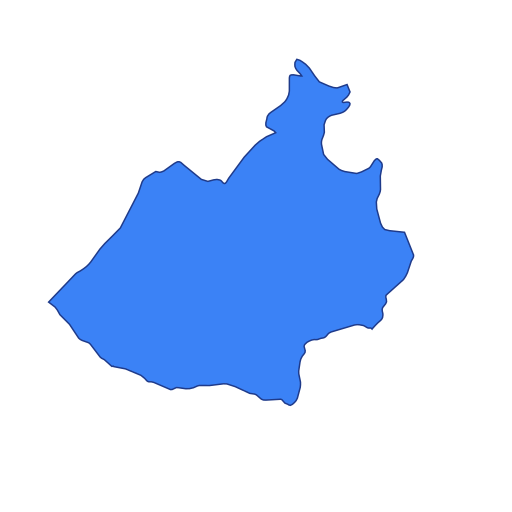 map outline of Dornogovi (Equal Earth projection), rotated 46°
{"feature_id": "MNG-3297", "entity_name": "Dornogovi", "entity_type": "Province", "adm_level": 1, "iso_a3": "MNG", "parent_name": "Mongolia", "parent_adm1": "", "projection": "equal_earth", "projection_center": [109.85, 44.705], "detail": "fine", "context": "isolated", "style": "filled", "palette": "blue", "viewbox_px": 512, "rotation_deg": 46, "n_neighbors": 0, "source": "natural_earth", "source_scale": "10m", "svg_char_len": 3406}
<svg xmlns="http://www.w3.org/2000/svg" viewBox="0 0 512 512"><g transform="rotate(46 256 256)"><path d="M389.2,223.3L388.5,223.3L387.5,223.5L386.9,224.1L386.3,224.8L385.6,225.4L384.4,225.9L381.7,226.6L380.5,227.1L377.0,229.6L375.5,231.1L374.1,233.0L362.8,254.8L362.2,256.8L362.1,258.1L362.4,260.8L362.4,262.2L362.1,263.6L361.6,264.6L360.3,266.5L358.8,269.8L358.1,270.6L358.0,270.8L356.5,272.2L355.1,274.4L354.1,277.0L353.5,279.3L353.5,282.6L354.4,284.2L358.3,286.4L359.4,287.7L359.8,289.2L360.2,292.3L361.2,295.3L362.7,297.8L368.4,305.2L370.5,307.1L377.6,311.6L379.5,313.4L381.2,315.4L387.0,325.0L387.9,327.7L388.1,330.1L388.0,332.8L387.3,335.0L385.9,335.9L384.8,336.1L381.9,337.4L377.3,337.2L376.2,337.7L366.5,349.0L364.7,350.7L362.7,351.6L356.1,352.2L354.4,352.9L350.5,355.9L335.5,361.7L327.8,365.8L325.4,368.1L316.9,379.4L309.7,386.8L308.8,388.4L307.3,392.5L305.2,396.0L302.6,398.8L296.8,403.3L295.3,404.7L293.8,409.0L292.7,410.3L276.0,417.3L273.9,418.6L273.1,419.4L272.5,420.0L272.0,420.5L271.0,421.0L270.0,421.2L266.5,421.1L261.8,421.7L246.5,428.3L237.1,434.9L236.6,435.2L236.3,435.1L236.0,435.3L235.6,435.9L235.4,436.3L235.0,436.4L225.2,437.1L222.2,438.1L220.5,438.3L204.3,436.4L202.2,436.6L196.0,439.7L193.9,440.4L191.9,440.6L175.6,437.6L162.0,437.8L156.7,436.4L153.1,436.0L145.1,437.2L143.5,398.2L143.7,396.2L144.7,392.7L145.4,388.9L145.8,385.3L145.8,382.1L145.5,379.0L142.6,363.4L142.0,356.0L141.9,346.3L141.6,334.1L129.0,296.9L123.6,286.5L123.1,284.7L122.8,283.3L123.0,280.9L125.6,269.4L128.9,267.2L129.8,265.7L130.8,263.3L132.7,250.3L133.6,247.2L134.8,245.8L136.4,245.1L141.0,244.7L162.9,242.1L168.9,238.8L171.8,233.6L173.8,230.9L176.1,229.3L177.1,228.9L178.1,228.8L180.5,228.9L181.8,228.5L182.4,227.6L182.3,225.9L181.1,221.6L176.7,195.8L175.7,179.6L176.0,173.7L177.5,165.6L181.0,156.2L178.7,156.1L170.4,158.7L168.7,158.0L167.0,156.3L164.8,152.8L164.0,151.8L163.4,150.7L162.8,147.9L163.0,145.5L164.9,133.8L165.1,128.5L164.9,126.9L164.4,124.6L162.9,120.8L160.6,117.5L151.0,108.2L150.0,106.8L149.8,105.8L150.4,104.6L151.8,103.1L157.7,98.7L158.3,98.0L155.3,97.6L151.1,97.6L148.6,97.1L146.7,96.3L145.1,94.9L143.8,93.4L142.9,90.0L145.7,88.5L148.6,87.8L152.6,87.1L157.9,87.1L167.3,88.7L174.7,89.5L184.4,85.5L188.7,83.2L190.9,81.4L191.7,80.5L195.9,71.4L203.3,74.4L204.4,77.4L204.6,78.7L204.8,80.3L204.5,85.8L204.7,86.4L205.3,86.9L205.8,86.8L206.3,86.5L208.4,83.7L209.5,82.7L210.5,82.3L211.6,82.5L212.5,83.6L213.1,85.7L213.4,88.0L213.5,90.1L213.4,91.7L212.9,93.7L211.8,96.3L207.3,103.8L206.7,105.4L206.3,107.1L206.2,108.1L206.2,109.6L206.3,110.3L206.7,111.6L207.0,112.3L208.9,115.9L214.5,120.9L216.0,123.4L218.1,127.9L219.4,129.7L221.0,131.2L229.9,136.8L236.1,137.4L251.3,136.0L253.9,135.1L256.9,133.5L266.4,126.4L266.9,125.7L268.8,121.7L271.1,114.5L271.4,113.1L271.3,111.6L269.6,104.5L269.7,102.0L270.4,101.1L272.9,100.8L276.4,101.0L277.9,101.8L279.5,103.3L281.4,106.3L284.8,111.0L294.7,120.3L295.9,121.9L297.1,124.2L298.8,128.9L300.7,131.9L306.1,136.5L318.9,143.6L323.0,145.0L326.4,145.0L330.5,142.4L342.1,132.7L364.8,142.0L365.9,143.2L366.6,144.7L367.5,147.8L373.2,158.7L374.5,162.3L375.4,166.3L374.6,187.3L374.6,189.8L375.0,190.4L376.0,191.4L377.6,192.3L379.6,193.9L380.4,195.9L381.1,200.9L382.2,202.5L383.6,203.6L385.3,204.6L386.6,205.7L388.1,207.6L388.7,209.1L388.9,210.8L388.7,214.7L388.8,218.4L389.1,222.9L389.2,223.3L389.2,223.3Z" fill="#3b82f6" stroke="#1e3a8a" stroke-width="1.5"/></g></svg>